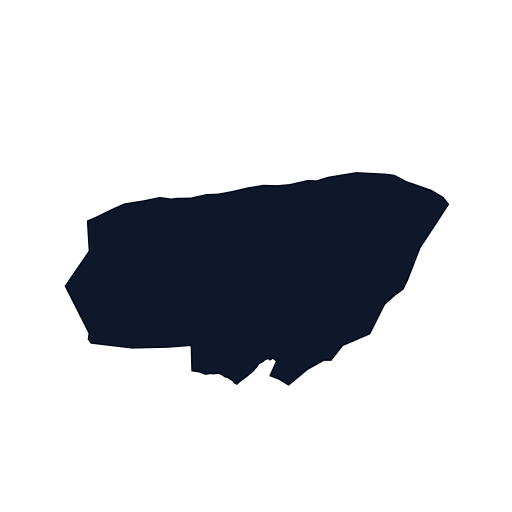 Emure, Ekiti, Nigeria, rotated 232°
{"feature_id": "59680162B54887547034560", "entity_name": "Emure", "entity_type": "district", "adm_level": 2, "iso_a3": "NGA", "parent_name": "Nigeria", "parent_adm1": "Ekiti", "projection": "robinson", "projection_center": [5.496, 7.408], "detail": "fine", "context": "isolated", "style": "filled", "palette": "ink", "viewbox_px": 512, "rotation_deg": 232, "n_neighbors": 0, "source": "geoboundaries", "source_scale": "gbopen_adm2", "svg_char_len": 1354}
<svg xmlns="http://www.w3.org/2000/svg" viewBox="0 0 512 512"><g transform="rotate(232 256 256)"><path d="M288.9,72.6L259.8,101.9L238.6,130.4L226.8,148.1L225.2,149.9L205.0,135.0L199.5,140.2L193.9,143.6L191.8,147.5L189.0,150.7L187.2,153.7L185.4,155.3L184.0,155.8L182.6,156.6L180.8,157.0L179.5,157.5L178.3,158.7L177.0,159.4L175.8,159.5L174.3,160.3L172.3,160.9L169.3,161.1L167.4,161.9L166.9,162.0L167.2,165.6L167.0,175.0L167.3,183.8L167.9,185.6L168.1,186.4L168.0,187.2L168.5,188.9L169.2,190.9L169.4,192.5L168.7,196.5L168.9,198.6L168.6,200.0L168.1,201.3L167.7,202.8L165.7,203.1L165.4,203.9L165.4,205.1L165.4,205.8L165.5,206.5L164.7,206.7L163.7,206.9L162.9,207.1L161.1,207.5L160.5,207.5L160.2,207.1L153.0,193.5L144.9,198.4L134.4,202.3L135.1,226.8L132.2,245.3L127.8,251.0L132.3,269.0L124.8,297.7L138.9,327.5L139.8,341.0L139.5,351.4L144.0,360.7L161.6,390.2L178.3,439.4L186.9,439.4L199.5,434.5L212.1,426.5L221.9,420.1L234.2,414.6L240.1,408.9L259.6,386.5L266.6,373.8L273.5,361.1L277.7,349.9L283.3,343.5L291.6,326.0L298.1,316.0L306.9,305.3L314.0,292.4L314.4,291.7L321.1,277.2L325.9,267.9L328.0,264.0L329.2,262.3L334.6,254.9L341.7,240.0L350.1,228.9L352.9,224.1L361.2,216.1L368.2,201.8L375.6,188.4L377.9,184.2L380.7,173.1L384.8,154.0L387.2,144.8L362.4,127.7L349.6,87.3L297.9,77.1L293.5,72.7L288.9,72.6Z" fill="#0f172a" stroke="#020617" stroke-width="1.5"/></g></svg>